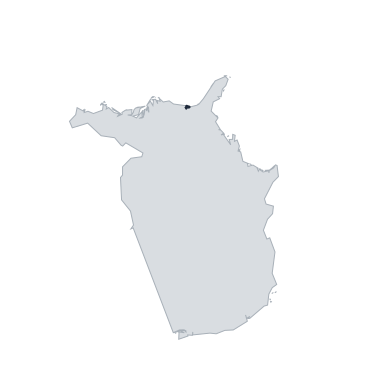 Beaufort, South Carolina, United States of America (highlighted), rotated 233°
{"feature_id": "52423323B11454809492263", "entity_name": "Beaufort", "entity_type": "district", "adm_level": 2, "iso_a3": "USA", "parent_name": "United States of America", "parent_adm1": "South Carolina", "projection": "orthographic", "projection_center": [-80.723, 32.391], "detail": "fine", "context": "in_parent", "style": "filled", "palette": "slate", "viewbox_px": 384, "rotation_deg": 233, "n_neighbors": 0, "source": "geoboundaries", "source_scale": "gbopen_adm2", "svg_char_len": 4511}
<svg xmlns="http://www.w3.org/2000/svg" viewBox="0 0 384 384"><g transform="rotate(233 192 192)"><path d="M291.6,153.3L309.8,150.1L315.3,135.0L322.2,136.7L323.7,145.6L328.5,151.0L321.9,154.0L321.8,155.7L320.4,153.7L319.1,157.5L314.0,160.5L311.2,169.8L314.8,173.3L316.9,172.6L316.1,171.0L316.9,171.7L317.2,173.6L311.3,175.4L309.9,173.5L309.6,176.3L302.5,177.5L297.4,181.5L297.8,179.4L297.2,178.1L296.1,183.1L297.7,183.9L297.4,188.0L294.0,193.6L290.0,190.4L292.2,187.0L289.6,189.4L290.9,193.1L292.6,195.2L293.0,197.5L288.7,206.4L289.9,200.9L286.0,195.9L288.2,190.4L284.6,192.2L286.2,200.1L282.5,197.8L281.3,198.1L282.4,195.6L282.3,194.8L281.1,196.8L281.1,198.5L286.7,201.4L285.5,202.9L283.0,200.2L282.0,199.8L285.2,203.0L286.5,203.6L285.8,205.7L284.1,204.2L286.8,207.1L286.2,207.6L284.9,206.1L281.5,205.5L285.8,208.2L288.4,208.0L291.3,215.3L288.8,209.7L289.7,213.4L284.6,212.8L288.4,216.4L290.1,215.2L288.0,218.7L283.1,217.7L286.1,219.3L283.6,221.1L286.6,222.2L281.2,223.2L278.5,228.6L273.4,230.2L263.5,240.1L262.2,239.0L258.4,248.0L258.0,250.2L259.6,257.1L266.8,277.4L264.2,288.1L260.3,288.7L256.6,283.0L255.9,278.2L250.6,272.6L252.5,270.2L249.9,270.2L251.2,263.2L245.1,256.0L235.5,257.3L234.0,253.1L224.6,252.2L225.9,250.7L224.2,252.2L219.9,252.7L220.1,249.5L219.2,251.7L206.4,251.3L211.6,253.3L209.6,256.1L213.5,259.2L211.3,260.6L206.9,256.4L206.4,259.3L200.2,257.5L197.0,253.4L194.7,255.0L185.9,251.1L180.1,254.5L181.6,253.5L178.8,252.1L176.8,256.9L170.8,259.3L172.3,258.5L168.7,257.5L169.7,259.3L165.2,260.8L162.8,266.0L161.0,264.9L162.5,266.6L162.1,271.7L163.4,275.0L162.0,275.9L152.3,270.3L151.1,262.5L143.0,245.8L137.8,243.9L131.7,248.5L126.2,243.3L124.8,235.9L118.5,226.0L109.4,223.5L108.6,226.5L94.2,222.2L78.8,207.1L67.2,204.0L67.3,198.5L64.2,191.9L56.2,184.3L57.5,180.9L56.3,162.1L57.2,160.6L57.8,163.3L58.3,159.6L61.6,160.8L55.5,158.4L57.0,141.9L61.7,135.0L64.2,126.0L68.5,121.4L77.4,106.6L79.8,108.4L77.3,106.1L80.4,102.5L79.4,102.1L82.4,92.8L88.0,97.4L84.2,101.2L88.1,99.1L85.8,102.7L83.8,102.9L84.8,103.6L86.9,102.6L89.4,99.0L90.9,92.4L198.7,123.4L199.3,121.0L200.8,125.4L213.8,131.4L228.1,131.0L246.6,143.6L247.3,146.7L253.9,151.7L255.7,163.6L250.4,173.1L252.7,176.3L271.1,168.7L270.4,164.3L272.0,163.5L281.9,162.9L291.6,153.3ZM304.8,179.4L307.9,178.6L297.2,182.3L305.9,178.2L304.8,179.4ZM89.4,96.2L88.9,99.0L88.6,99.3L88.4,96.9L89.4,96.2ZM163.4,274.1L162.6,269.5L163.0,267.0L162.9,269.7L163.4,274.1ZM322.7,154.2L322.8,155.6L322.3,155.4L322.7,154.2ZM197.0,254.7L197.2,255.8L196.2,254.8L197.0,254.7ZM58.4,189.8L59.6,189.7L59.6,189.9L58.4,189.8ZM57.3,188.9L56.7,189.4L56.5,188.7L57.3,188.9ZM314.1,175.4L313.3,176.3L313.1,176.2L314.1,175.4ZM164.1,264.8L163.1,266.7L165.5,263.1L164.1,264.8ZM264.7,270.7L266.0,274.7L264.4,270.3L264.7,270.7ZM62.8,195.3L62.9,196.5L62.7,195.4L62.8,195.3ZM264.8,288.7L263.6,290.0L265.6,287.3L264.8,288.7ZM291.9,217.8L290.7,219.5L291.5,215.7L291.9,217.8ZM89.6,93.8L89.2,94.5L89.0,94.0L89.6,93.8ZM169.7,260.2L167.6,260.8L169.8,259.9L169.7,260.2ZM317.0,175.5L317.1,176.5L316.1,176.4L317.0,175.5ZM61.7,198.1L61.7,199.5L61.5,198.2L61.7,198.1ZM167.0,261.5L166.1,261.8L166.9,261.1L167.0,261.5ZM292.6,199.2L291.4,201.4L292.7,198.4L292.6,199.2ZM179.4,255.3L178.0,255.9L180.0,254.8L179.4,255.3ZM258.6,249.1L258.3,250.7L258.2,249.6L258.6,249.1ZM287.1,222.5L286.7,222.8L287.9,221.5L287.1,222.5ZM238.9,257.1L237.3,257.9L236.7,257.7L238.9,257.1ZM219.3,252.3L219.0,252.6L218.1,252.5L219.3,252.3ZM254.2,278.3L254.4,279.5L253.9,278.1L254.2,278.3ZM215.0,254.4L214.7,255.4L214.8,253.5L215.0,254.4ZM261.0,291.5L260.1,291.6L261.4,291.3L261.0,291.5ZM297.2,188.8L296.7,189.8L297.3,188.3L297.2,188.8ZM289.7,219.8L289.2,220.2L289.7,219.8Z" fill="#d9dde1" stroke="#a8b0b8" stroke-width="1"/><path d="M261.8,237.6L262.0,237.9L262.1,238.0L262.0,238.3L262.0,238.5L262.1,238.8L262.0,239.1L262.0,239.3L261.8,239.6L261.7,239.7L261.5,239.9L261.5,240.0L261.2,240.0L261.0,240.5L261.4,240.9L261.3,241.1L261.6,241.2L261.7,241.3L261.6,241.5L261.8,241.5L261.9,241.4L262.0,241.3L262.3,241.2L262.5,241.1L262.9,240.7L263.0,240.6L262.9,240.5L262.7,240.3L262.5,240.2L262.4,240.1L262.5,240.0L262.6,239.9L262.9,240.0L263.1,240.1L263.1,240.3L263.3,240.3L263.4,240.2L263.6,240.2L263.9,240.0L264.2,239.9L264.3,239.7L264.4,239.4L264.2,239.3L264.2,239.2L264.1,238.9L263.9,238.7L263.7,238.2L263.6,238.3L263.6,238.2L263.4,238.1L263.2,238.0L263.0,237.9L263.0,237.7L262.9,237.7L263.0,237.5L262.9,237.5L262.6,237.4L262.6,237.5L262.2,237.4L261.9,237.5L261.8,237.6Z" fill="#64748b" stroke="#1e293b" stroke-width="1.5"/></g></svg>